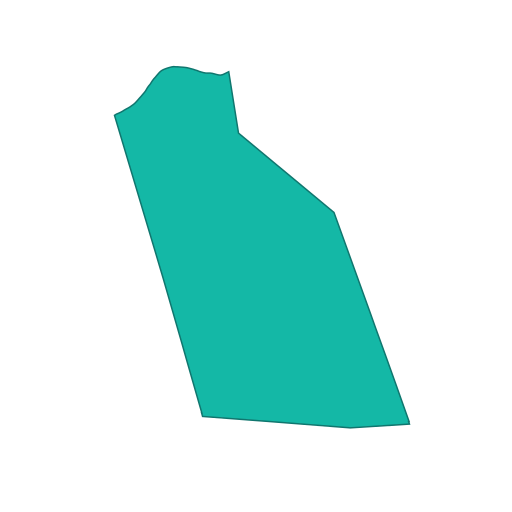 outline of General Belgrano, La Rioja, Argentina, rotated 73°
{"feature_id": "61730980B43723065760012", "entity_name": "General Belgrano", "entity_type": "district", "adm_level": 2, "iso_a3": "ARG", "parent_name": "Argentina", "parent_adm1": "La Rioja", "projection": "albers", "projection_center": [-66.207, -30.562], "detail": "fine", "context": "isolated", "style": "filled", "palette": "teal", "viewbox_px": 512, "rotation_deg": 73, "n_neighbors": 0, "source": "geoboundaries", "source_scale": "gbopen_adm2", "svg_char_len": 1152}
<svg xmlns="http://www.w3.org/2000/svg" viewBox="0 0 512 512"><g transform="rotate(73 256 256)"><path d="M393.8,354.0L413.2,304.4L416.7,295.4L447.9,216.1L461.6,158.4L459.0,158.5L459.1,158.0L423.1,159.6L422.8,159.6L390.9,161.1L357.3,162.8L345.7,163.3L237.2,168.7L184.6,203.2L175.2,209.4L133.4,236.8L71.8,228.2L72.5,232.5L72.8,234.7L72.7,236.9L71.9,238.9L70.8,240.8L69.6,242.7L68.5,244.5L67.6,246.5L67.0,248.6L66.3,250.7L65.3,252.6L64.1,254.5L62.9,256.3L61.5,258.0L60.3,259.8L59.0,261.6L57.9,263.4L56.7,265.3L55.6,267.2L54.7,269.2L53.9,271.2L53.1,273.3L52.3,275.3L51.6,277.4L50.8,279.4L50.5,281.6L50.4,283.8L50.4,286.0L50.5,288.1L50.7,290.3L51.2,292.5L52.1,294.5L53.2,296.3L54.4,298.2L55.6,300.0L56.7,301.9L58.0,303.7L59.4,305.4L60.8,307.0L62.0,308.9L63.3,310.6L64.8,312.2L66.2,313.8L67.4,315.6L68.6,317.5L69.8,319.3L70.9,321.2L72.1,323.1L73.2,324.9L74.3,326.8L75.2,328.8L75.9,330.9L76.6,333.0L77.1,335.1L77.5,337.2L78.0,339.4L78.6,341.5L79.0,343.6L79.3,345.8L79.5,348.0L80.1,350.2L225.0,351.1L236.1,351.2L249.8,351.3L312.1,352.3L318.3,352.4L338.0,352.8L390.3,353.7L390.2,353.9L393.8,354.0Z" fill="#14b8a6" stroke="#0f766e" stroke-width="1.5"/></g></svg>